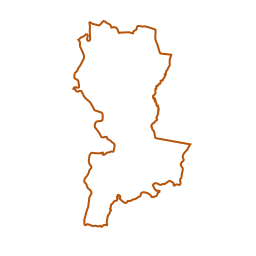 Kasaï-Oriental, Robinson projection, rotated 10°
{"feature_id": "COD-1896", "entity_name": "Kasaï-Oriental", "entity_type": "Province", "adm_level": 1, "iso_a3": "COD", "parent_name": "Democratic Republic of the Congo", "parent_adm1": "", "projection": "robinson", "projection_center": [23.978, -4.842], "detail": "fine", "context": "isolated", "style": "outline", "palette": "amber", "viewbox_px": 256, "rotation_deg": 10, "n_neighbors": 0, "source": "natural_earth", "source_scale": "10m", "svg_char_len": 5833}
<svg xmlns="http://www.w3.org/2000/svg" viewBox="0 0 256 256"><g transform="rotate(10 128 128)"><path d="M128.0,24.9L137.9,26.3L138.3,27.3L139.1,33.8L139.6,35.9L140.1,37.0L142.7,41.1L145.6,47.1L146.3,48.2L146.8,48.8L147.3,49.0L157.9,48.3L157.6,51.2L157.2,53.0L157.4,54.1L157.6,56.4L158.2,58.5L158.2,59.1L157.0,62.4L156.8,63.7L155.9,65.3L155.7,66.0L155.5,67.9L156.0,68.5L155.9,68.9L155.7,69.2L155.1,68.7L154.9,69.0L155.0,69.3L155.4,69.7L155.2,70.4L155.3,71.1L155.1,71.8L154.5,73.2L154.0,73.8L153.8,75.2L153.4,75.5L152.7,75.5L152.0,75.7L152.2,78.4L152.0,78.7L151.3,78.8L150.9,79.2L150.5,80.3L150.1,80.4L150.0,81.2L149.7,81.6L149.0,81.7L148.5,81.9L148.5,82.5L149.1,83.5L149.1,83.8L149.0,84.5L148.4,84.7L148.2,84.8L148.2,85.0L148.3,86.0L148.9,88.4L148.9,89.5L148.1,90.6L147.5,91.9L147.0,92.2L147.4,93.2L147.7,93.6L148.2,93.8L147.8,94.2L148.1,94.4L149.2,94.5L149.5,94.6L149.4,94.9L149.2,95.2L149.2,95.7L150.1,97.2L150.5,96.7L150.9,97.9L151.9,98.9L151.9,100.3L152.9,101.3L153.5,100.8L153.7,101.1L154.1,101.8L154.3,103.1L154.8,103.4L154.7,104.3L154.5,104.7L155.2,105.5L155.2,105.8L154.9,106.5L154.8,106.8L154.9,107.9L155.2,108.4L155.3,108.8L155.2,109.3L154.7,110.2L154.2,113.0L154.5,113.2L155.3,114.8L155.0,115.2L153.9,116.4L152.8,118.1L152.8,118.4L152.3,118.6L151.7,119.1L151.3,119.7L150.7,121.2L150.6,121.6L151.0,122.4L150.8,122.7L151.5,123.2L152.1,125.0L153.1,125.9L153.9,126.4L154.4,127.6L155.0,128.2L155.3,129.8L156.6,132.9L157.2,133.1L158.0,133.2L192.2,133.3L191.5,134.7L190.3,138.7L187.9,142.6L187.2,144.2L186.8,145.9L186.9,147.1L188.2,149.2L188.4,150.1L188.1,150.8L186.9,152.3L186.5,153.4L186.2,154.6L186.4,155.2L186.8,155.9L188.8,158.1L189.0,158.7L189.2,159.7L189.0,164.1L189.3,167.1L189.1,167.9L188.3,169.4L188.3,169.9L188.4,170.8L189.2,172.6L189.4,173.6L189.1,174.5L188.6,175.1L187.9,175.2L186.3,175.1L185.6,175.1L184.9,175.5L184.2,176.4L183.6,176.7L183.0,176.5L182.8,176.2L182.5,174.7L182.0,174.1L179.4,173.1L178.0,172.9L177.3,173.3L174.0,176.7L173.3,176.9L171.9,177.1L170.2,178.3L169.4,178.4L166.4,177.6L164.7,177.5L164.3,177.6L163.1,178.6L162.4,179.8L163.3,181.4L165.5,184.0L165.9,184.3L166.5,184.4L166.7,184.8L169.5,184.4L170.0,184.6L170.1,184.9L170.0,185.6L169.1,186.2L168.6,186.7L168.6,187.5L168.5,188.0L167.9,189.8L167.6,190.2L164.5,191.7L163.7,191.9L163.3,191.8L161.3,189.8L159.1,188.9L156.9,188.5L155.5,188.5L153.7,188.7L152.9,189.3L152.3,190.1L152.1,191.1L152.2,192.0L152.2,192.5L151.9,192.9L147.7,196.5L146.9,197.0L145.2,197.6L143.1,199.4L142.6,199.7L141.1,199.7L140.5,199.9L139.6,201.6L138.9,202.2L137.8,202.2L136.4,201.7L132.7,199.6L132.3,199.0L132.4,197.7L132.2,196.9L131.8,196.2L131.5,195.9L131.1,195.8L130.2,195.8L129.8,195.7L129.5,195.8L129.6,196.1L129.9,196.4L130.1,197.4L130.0,197.5L129.4,197.6L129.2,197.7L129.1,198.1L129.9,199.2L129.7,199.3L129.5,199.6L129.6,199.8L129.9,199.9L129.8,200.6L129.5,201.3L129.1,201.7L127.8,202.0L127.3,202.4L127.1,203.0L126.7,203.3L125.9,205.2L124.9,206.0L124.6,206.7L124.8,208.9L124.7,209.6L124.4,210.2L124.3,210.6L125.3,211.3L125.6,211.9L125.4,212.4L125.0,212.8L124.5,215.7L124.3,216.3L124.1,216.7L123.5,217.3L123.5,217.5L123.6,218.0L123.4,218.6L123.3,224.1L123.4,224.7L124.1,226.0L124.3,226.8L124.2,227.4L124.0,227.5L122.0,227.4L121.3,227.6L120.4,228.3L119.7,229.5L118.9,229.9L118.6,229.8L117.7,229.1L116.2,230.0L115.8,230.1L112.8,229.9L112.1,230.1L110.8,230.6L110.2,230.7L109.0,230.5L107.4,229.9L106.0,230.0L104.9,229.7L104.4,229.9L103.6,230.7L102.8,231.1L102.2,230.8L101.7,230.1L101.4,228.0L100.9,226.4L101.7,216.9L102.5,212.5L102.4,210.6L102.2,208.0L102.3,206.3L102.0,204.4L102.0,203.1L103.3,199.0L103.4,198.5L103.1,197.6L102.1,196.2L101.4,195.6L99.9,194.8L98.7,194.0L98.2,193.3L96.8,190.7L96.3,190.1L94.7,189.1L94.2,188.2L94.1,186.7L94.2,185.6L96.2,181.6L96.8,180.1L97.0,179.3L97.3,176.4L98.1,174.7L98.7,173.7L98.8,173.2L98.7,172.7L98.3,172.0L96.8,170.7L96.3,170.1L95.6,168.6L95.2,167.7L94.9,166.0L94.9,161.5L95.7,159.5L96.2,159.0L96.7,158.7L97.4,158.6L100.4,158.5L104.4,157.9L105.2,157.6L107.1,156.6L107.4,156.6L107.6,156.7L107.4,157.9L107.5,158.3L107.9,158.6L108.7,158.6L109.4,158.3L110.1,157.8L111.0,156.5L111.6,156.0L113.6,155.2L115.9,153.9L117.2,153.9L117.5,153.9L117.9,153.2L117.9,147.4L117.5,146.5L116.4,145.5L115.2,145.0L112.6,143.4L109.9,142.4L109.5,142.2L109.2,141.8L108.8,140.8L108.5,140.5L107.8,140.5L104.6,141.7L103.9,141.7L103.2,141.4L100.9,138.3L97.9,135.3L95.4,133.1L95.0,132.4L94.9,131.7L94.8,130.2L94.9,129.0L95.6,127.5L96.3,126.9L100.3,125.7L100.9,125.3L101.4,124.5L101.4,122.9L100.8,119.5L100.3,118.5L99.7,117.7L98.8,117.3L96.9,117.1L94.7,116.6L92.6,116.5L91.8,116.1L89.5,113.0L86.7,109.7L85.2,108.5L81.4,106.4L79.2,104.5L78.5,103.6L77.8,102.5L75.7,99.8L75.4,99.6L73.1,100.2L72.5,100.8L71.2,101.0L70.7,100.8L70.4,100.6L70.0,100.2L69.7,99.8L69.5,99.4L69.3,99.1L67.4,98.9L67.5,98.3L67.9,97.6L68.6,97.1L69.7,96.9L71.2,97.0L72.0,96.9L72.4,96.7L72.6,96.4L72.6,95.2L71.1,90.9L70.7,90.1L70.1,89.5L67.6,88.7L67.0,88.4L66.4,87.6L66.1,86.0L66.1,83.5L66.3,82.9L67.5,81.4L68.1,80.4L68.7,77.6L70.1,74.8L72.4,67.3L72.5,66.7L72.2,65.1L71.9,64.0L71.4,63.1L67.7,57.5L67.1,56.8L66.6,56.0L66.1,54.3L65.9,52.2L65.4,51.2L63.8,49.7L64.4,49.2L65.9,47.1L68.1,45.8L69.2,44.7L70.0,43.4L70.8,42.8L71.7,43.0L72.2,43.6L72.4,44.7L72.2,47.1L72.3,47.6L72.6,48.4L73.2,49.0L73.7,49.1L74.2,48.9L75.0,48.4L75.3,47.9L75.3,46.8L73.5,39.4L73.1,35.9L72.9,34.6L71.8,31.4L71.7,30.8L71.9,30.5L72.2,30.5L75.0,31.5L76.4,31.7L81.4,32.0L81.7,31.9L82.5,31.3L84.6,27.7L85.1,27.0L85.7,27.2L86.8,27.0L89.2,28.5L90.7,28.6L92.4,29.5L93.4,30.4L94.3,32.0L96.2,31.2L96.5,31.1L98.0,31.1L99.0,31.4L100.1,32.2L101.0,33.4L102.1,35.5L102.4,35.8L102.7,36.0L103.9,35.4L112.1,33.6L113.6,33.6L115.7,34.0L116.4,33.9L116.6,33.5L116.5,32.3L116.8,31.7L117.3,31.1L118.4,30.4L119.2,29.5L119.3,26.9L119.4,26.5L120.0,25.9L121.1,25.6L125.1,25.6L125.9,25.2L128.0,24.9Z" fill="none" stroke="#b45309" stroke-width="2"/></g></svg>